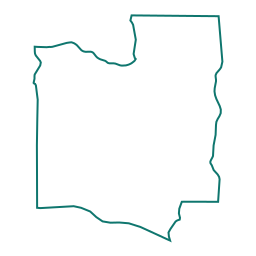 the Department of Collines
{"feature_id": "BEN-2171", "entity_name": "Collines", "entity_type": "Department", "adm_level": 1, "iso_a3": "BEN", "parent_name": "Benin", "parent_adm1": "", "projection": "orthographic", "projection_center": [2.189, 8.101], "detail": "fine", "context": "isolated", "style": "outline", "palette": "teal", "viewbox_px": 256, "rotation_deg": 0, "n_neighbors": 0, "source": "natural_earth", "source_scale": "10m", "svg_char_len": 1533}
<svg xmlns="http://www.w3.org/2000/svg" viewBox="0 0 256 256"><path d="M210.4,162.6L210.5,163.3L211.8,165.3L213.7,170.1L217.7,174.5L219.1,176.9L219.6,179.3L218.1,201.8L184.0,201.7L181.8,201.8L179.3,208.7L178.9,213.4L180.0,217.8L179.7,219.6L177.3,220.4L175.6,221.5L170.5,228.9L168.5,232.5L168.9,236.5L170.1,240.6L140.5,227.0L128.8,223.3L119.2,222.5L110.4,222.7L102.6,221.4L96.3,217.1L90.2,211.5L81.1,207.8L73.7,206.2L40.3,208.1L37.1,207.8L37.1,204.9L37.0,171.8L36.9,145.4L37.3,118.8L37.7,99.7L35.9,85.4L35.1,83.9L34.1,83.5L33.6,82.9L34.5,78.8L34.5,75.9L34.7,74.5L40.2,65.5L40.8,62.5L40.1,60.9L35.8,55.5L35.0,53.6L34.8,51.6L34.7,46.7L37.7,46.9L46.6,47.2L49.7,46.9L50.5,47.0L52.4,46.8L66.7,42.9L69.4,42.5L71.4,42.3L72.4,42.6L74.2,43.3L75.6,44.2L76.9,45.2L81.3,50.1L82.0,50.6L82.7,51.0L83.6,51.4L84.5,51.6L85.5,51.8L90.6,51.7L91.5,51.9L92.3,52.2L93.1,52.7L93.6,53.2L96.1,56.4L97.3,57.6L98.7,58.5L100.3,59.3L105.1,60.8L105.8,61.2L107.7,62.8L108.5,63.1L109.4,63.3L113.4,63.3L115.4,63.6L120.0,65.3L121.0,65.5L122.0,65.6L125.9,65.4L128.7,64.6L130.7,63.7L132.1,62.8L134.4,61.0L135.7,59.0L134.8,58.0L133.6,54.0L135.8,39.7L133.1,24.8L131.9,22.5L130.4,20.5L131.6,15.4L218.6,16.2L222.0,56.9L222.4,61.7L221.1,67.4L219.8,69.3L216.5,73.1L215.6,75.2L215.6,76.6L216.0,79.7L216.0,81.3L214.7,88.2L214.5,91.4L215.1,95.3L216.4,99.0L219.7,106.0L220.8,109.5L220.7,113.2L219.4,116.2L217.7,119.0L216.4,121.8L216.0,124.9L215.6,134.9L213.6,145.4L213.0,156.0L212.4,157.4L210.7,160.6L210.3,161.9L210.4,162.6Z" fill="none" stroke="#0f766e" stroke-width="2"/></svg>